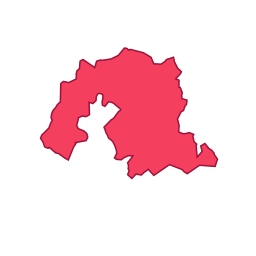 Pankshin, Plateau, Nigeria (Albers equal-area conic projection), rotated 144°
{"feature_id": "59680162B11957186029310", "entity_name": "Pankshin", "entity_type": "district", "adm_level": 2, "iso_a3": "NGA", "parent_name": "Nigeria", "parent_adm1": "Plateau", "projection": "albers", "projection_center": [9.454, 9.312], "detail": "fine", "context": "isolated", "style": "filled", "palette": "rose", "viewbox_px": 256, "rotation_deg": 144, "n_neighbors": 0, "source": "geoboundaries", "source_scale": "gbopen_adm2", "svg_char_len": 2307}
<svg xmlns="http://www.w3.org/2000/svg" viewBox="0 0 256 256"><g transform="rotate(144 128 128)"><path d="M80.1,45.7L73.9,50.2L73.8,55.7L73.1,57.3L73.3,58.9L73.4,60.9L74.9,64.6L74.6,65.1L74.9,70.3L79.7,70.7L81.9,65.4L89.1,63.9L83.1,73.9L81.9,74.5L82.6,77.9L80.5,83.0L78.6,84.2L81.2,88.3L85.3,89.9L87.1,91.4L89.3,95.0L87.8,96.9L85.2,99.9L82.8,105.8L82.8,106.2L75.5,109.9L72.9,109.5L69.0,112.2L66.8,112.7L63.9,115.9L67.1,120.0L65.5,122.7L63.4,124.6L61.9,130.1L62.8,131.1L58.6,136.7L60.5,139.7L57.6,140.3L54.6,140.9L53.5,141.3L52.8,141.4L51.7,142.3L52.7,147.2L51.5,154.2L49.6,158.5L56.8,160.8L58.8,160.1L63.7,160.2L69.4,164.8L67.8,171.7L71.3,179.8L79.7,190.0L81.2,190.7L81.7,190.8L82.1,193.0L83.9,194.8L93.2,192.4L101.0,193.8L106.4,196.5L109.5,198.2L110.3,199.2L114.1,200.5L119.4,196.5L123.6,208.3L123.7,208.0L124.3,209.9L127.4,210.3L132.5,204.5L135.6,204.3L138.5,201.9L138.6,201.2L141.2,198.1L149.2,199.6L153.0,203.7L156.3,203.4L167.3,189.0L171.5,188.4L174.8,187.0L177.5,186.5L180.0,185.4L182.7,183.2L184.3,181.3L184.8,178.7L187.2,177.7L192.0,174.5L202.1,172.9L204.8,171.1L205.0,167.3L205.2,166.0L206.4,162.0L206.3,161.2L205.6,160.1L204.4,158.5L203.1,158.7L201.2,150.5L198.8,147.6L198.7,146.3L198.1,145.0L196.8,140.8L195.1,137.2L182.7,144.9L183.1,144.6L179.1,146.1L179.1,147.1L169.3,142.4L166.3,143.9L165.6,145.0L164.6,147.8L165.4,151.5L168.6,156.7L168.0,160.3L163.5,163.9L162.1,165.4L157.8,164.6L157.2,163.6L155.1,161.8L151.3,161.4L144.4,171.7L142.1,168.4L137.8,168.9L135.2,172.0L132.5,173.4L130.4,172.6L128.8,169.9L130.4,167.4L133.8,164.1L135.3,161.5L133.9,159.1L128.1,160.6L126.7,159.0L125.2,156.8L123.0,147.8L123.3,146.9L123.9,146.7L124.0,146.7L125.7,146.9L133.4,144.5L135.0,144.3L136.8,144.5L146.9,142.8L147.9,139.0L148.3,138.1L148.6,136.8L148.9,134.0L149.7,131.2L148.9,128.9L148.3,125.9L148.6,124.7L148.8,122.7L149.2,120.9L149.7,119.3L150.6,116.6L152.0,114.1L156.6,111.7L155.8,109.5L155.4,109.1L152.1,106.2L149.2,106.4L144.0,105.4L140.4,102.7L143.6,101.5L148.7,100.1L149.6,97.6L150.5,96.3L151.9,94.9L152.0,93.0L155.7,90.4L154.5,84.9L148.7,86.0L144.8,82.1L140.4,82.7L139.3,82.5L135.9,82.7L135.0,74.5L132.4,74.4L128.6,74.3L116.0,74.0L109.6,64.1L108.9,63.0L108.5,61.8L108.4,59.9L107.7,58.0L107.5,57.6L107.0,56.2L92.0,55.8L88.6,52.9L80.1,45.7Z" fill="#f43f5e" stroke="#9f1239" stroke-width="1.5"/></g></svg>